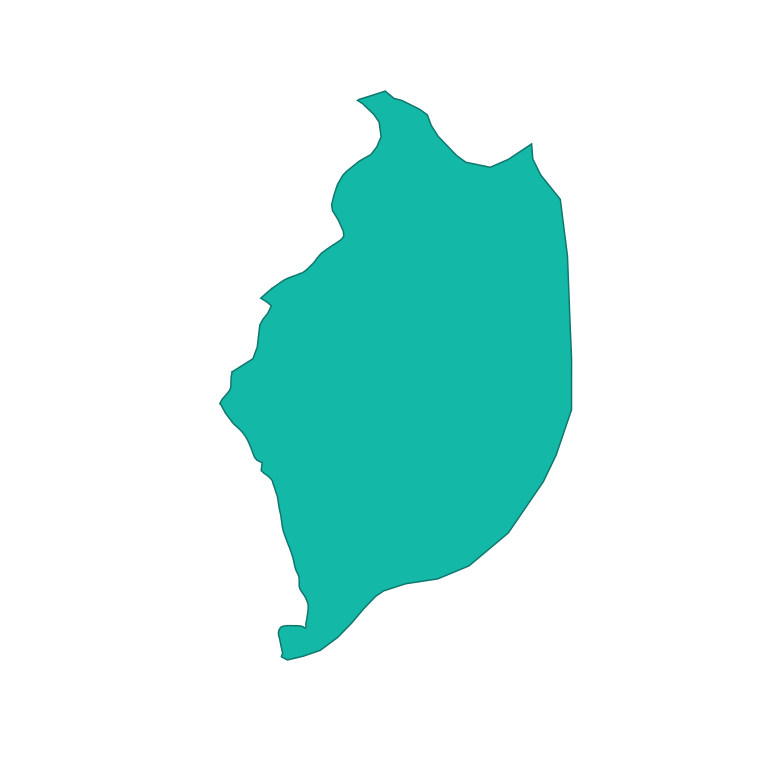 the district of La Guerre, Dauphin, Saint Lucia, rotated 36°
{"feature_id": "8701671B53039174443584", "entity_name": "La Guerre", "entity_type": "district", "adm_level": 2, "iso_a3": "LCA", "parent_name": "Saint Lucia", "parent_adm1": "Dauphin", "projection": "natural_earth1", "projection_center": [-60.926, 14.021], "detail": "fine", "context": "isolated", "style": "filled", "palette": "teal", "viewbox_px": 768, "rotation_deg": 36, "n_neighbors": 0, "source": "geoboundaries", "source_scale": "gbopen_adm2", "svg_char_len": 5594}
<svg xmlns="http://www.w3.org/2000/svg" viewBox="0 0 768 768"><g transform="rotate(36 384 384)"><path d="M555.7,310.2L550.9,294.7L520.8,253.2L497.8,224.2L457.1,172.5L418.1,131.0L388.0,122.8L372.1,114.5L362.3,103.0L352.6,129.1L342.5,146.3L319.8,156.5L308.4,156.5L282.3,151.8L270.3,147.1L260.9,140.8L251.6,140.8L232.2,144.0L224.1,147.1L212.8,146.3L209.0,151.6L205.4,156.5L202.4,160.6L196.7,168.2L195.9,170.1L202.1,169.8L203.2,170.0L217.5,171.9L222.9,173.9L226.2,175.1L234.7,184.0L236.4,185.8L237.2,189.5L238.8,196.4L238.6,202.6L238.5,206.2L235.1,213.5L232.9,218.5L228.7,234.0L228.0,239.3L228.8,247.1L229.0,249.5L229.8,252.2L232.5,260.6L236.0,269.1L236.4,270.0L238.9,272.4L240.5,274.1L241.6,274.5L244.7,275.7L250.8,278.3L251.4,278.6L253.2,279.7L261.2,284.3L263.7,287.0L264.5,288.0L264.6,289.5L264.6,290.7L264.3,292.7L264.1,293.5L262.8,297.1L262.2,298.7L262.1,299.0L261.0,301.7L260.1,304.1L259.9,304.9L258.5,308.5L257.9,310.6L256.6,314.6L256.4,315.7L256.2,318.2L256.1,318.8L255.9,321.7L255.9,323.6L255.9,325.2L255.9,326.7L255.8,327.2L255.7,328.2L255.4,330.0L255.2,331.3L255.0,332.7L254.8,333.9L254.6,334.8L254.4,336.4L253.6,339.1L253.5,339.5L252.8,341.6L252.5,342.2L252.3,342.5L251.8,343.0L251.4,343.6L250.7,344.6L250.5,345.0L249.6,346.6L248.2,348.7L247.8,349.2L246.8,350.7L244.4,354.4L244.0,355.0L242.1,358.6L240.6,362.5L239.0,367.3L238.6,368.5L237.8,370.8L237.3,372.3L237.0,372.5L237.1,372.8L235.8,378.3L235.5,379.6L234.7,383.2L234.1,385.6L233.8,387.0L234.5,387.0L235.2,386.9L238.2,386.7L240.1,386.6L241.3,386.6L242.8,386.6L243.8,386.7L246.8,386.9L247.6,390.6L248.2,394.1L248.4,395.9L248.0,402.5L248.8,409.2L249.4,410.1L249.8,411.0L259.8,428.7L260.5,431.4L263.1,440.6L254.1,463.1L253.8,463.7L254.2,463.8L255.0,465.6L256.2,468.1L259.3,472.8L260.8,474.9L262.3,477.6L262.8,480.3L262.7,483.5L262.3,488.2L262.1,490.5L262.1,491.4L262.2,493.1L262.7,496.5L263.1,496.4L264.7,496.8L266.8,497.9L270.5,499.6L272.7,500.7L276.2,501.8L280.0,502.9L283.9,504.2L286.9,504.8L292.3,505.3L296.4,506.0L298.5,506.5L301.8,507.5L306.0,509.3L308.8,510.8L311.9,512.7L315.0,514.6L316.4,515.5L318.4,516.9L320.8,518.5L322.6,519.4L323.7,519.8L326.0,520.3L330.2,519.6L331.5,519.1L335.6,526.3L336.1,526.3L339.7,526.8L341.8,526.6L345.8,526.8L350.4,527.8L352.9,529.9L354.1,530.7L354.7,531.1L355.2,531.4L355.8,531.8L356.3,532.2L356.8,532.5L357.3,532.9L357.8,533.3L358.3,533.7L358.8,534.1L359.4,534.5L360.0,534.9L360.5,535.3L361.1,535.7L361.7,536.1L362.3,536.5L362.8,536.8L363.3,537.2L363.8,537.7L364.4,538.1L364.9,538.6L365.3,539.1L365.8,539.5L366.2,540.0L366.7,540.4L367.1,540.9L367.6,541.3L368.1,541.9L368.6,542.4L369.0,542.9L369.5,543.3L370.0,543.8L370.5,544.3L370.9,544.8L371.4,545.3L372.0,545.8L372.4,546.2L372.9,546.7L373.4,547.1L373.9,547.6L374.4,548.0L375.0,548.5L375.5,549.0L376.0,549.4L376.6,549.9L377.2,550.5L377.8,551.0L378.3,551.5L378.8,552.0L379.2,552.5L379.7,553.1L380.2,553.6L380.7,554.1L381.2,554.6L381.7,555.0L382.1,555.5L382.6,556.0L383.1,556.5L383.6,557.0L384.1,557.6L384.5,558.0L385.0,558.5L385.4,559.0L386.0,559.5L386.5,559.9L387.0,560.4L387.5,560.8L388.0,561.3L388.5,561.7L389.0,562.2L389.6,562.6L390.3,563.1L390.9,563.5L391.4,563.8L392.1,564.3L392.6,564.7L393.1,565.1L393.7,565.4L394.2,565.8L394.8,566.2L395.4,566.6L395.9,566.9L396.5,567.3L397.0,567.6L397.5,568.0L398.0,568.3L398.7,568.8L399.3,569.1L399.9,569.5L400.4,569.9L400.9,570.2L401.5,570.6L402.0,570.9L402.7,571.3L403.3,571.6L403.8,572.0L404.3,572.3L404.8,572.7L405.4,573.1L405.9,573.4L406.4,573.8L406.9,574.1L407.6,574.6L408.2,575.0L408.7,575.4L409.3,575.8L409.8,576.2L410.3,576.6L410.9,577.0L411.4,577.3L412.0,577.8L412.6,578.2L413.0,578.7L413.6,579.1L414.1,579.5L414.6,580.0L415.1,580.4L415.6,580.8L416.0,581.3L416.6,581.7L417.0,582.2L417.5,582.6L418.0,583.0L418.5,583.5L418.9,583.9L419.5,584.3L420.1,584.8L420.6,585.2L421.1,585.6L421.6,585.9L422.1,586.3L422.6,586.6L423.2,586.9L423.8,587.2L424.3,587.5L424.9,587.8L425.4,588.1L426.0,588.4L426.6,588.7L427.1,589.0L427.6,589.4L428.1,589.8L428.7,590.2L429.2,590.7L429.6,591.2L430.0,591.7L430.4,592.2L430.8,592.7L431.2,593.2L431.5,593.7L431.9,594.2L432.4,594.8L432.8,595.5L433.3,596.2L433.7,596.7L434.1,597.2L434.5,597.7L435.0,598.1L435.5,598.5L436.0,598.9L436.5,599.2L437.1,599.5L437.7,599.8L438.3,600.0L439.0,600.3L439.6,600.5L440.3,600.8L440.9,601.0L441.5,601.2L442.1,601.3L442.6,601.6L443.2,601.8L443.8,602.0L444.4,602.3L445.0,602.5L445.6,602.7L446.3,603.2L446.8,603.5L447.4,603.8L448.0,604.0L448.5,604.4L449.1,604.7L449.6,605.1L450.2,605.5L450.8,605.9L451.3,606.3L451.9,606.8L452.3,607.2L452.8,607.7L453.2,608.2L453.6,608.8L454.1,609.5L454.6,610.2L455.0,610.9L455.4,611.5L455.8,612.0L456.1,612.6L456.5,613.3L456.8,614.0L457.1,614.6L457.4,615.2L457.8,616.0L458.2,616.7L458.5,617.3L458.8,617.9L459.1,618.5L459.4,619.1L459.7,619.7L460.0,620.3L460.3,620.9L460.6,621.6L460.9,622.2L461.2,622.8L461.4,623.5L461.7,624.0L463.6,626.2L463.9,626.8L463.2,628.0L461.9,627.9L460.7,628.2L459.5,628.4L458.4,629.0L457.3,629.7L456.2,630.4L455.2,631.1L454.1,631.8L453.1,632.6L451.9,633.4L450.8,634.1L449.8,634.9L448.7,635.7L447.7,636.4L446.7,637.3L445.8,638.2L444.8,639.2L444.0,640.3L443.5,641.6L443.5,643.0L443.6,644.4L444.0,645.7L444.6,647.0L445.4,648.0L446.3,649.1L447.3,650.0L448.3,650.7L449.3,651.5L450.3,652.4L451.3,653.3L452.2,654.2L453.2,655.1L454.2,656.0L455.1,656.9L456.1,657.7L457.1,658.6L458.1,659.6L459.1,660.3L460.1,661.1L460.5,662.4L460.8,663.8L461.3,665.0L468.1,664.0L478.8,651.5L489.0,636.9L495.5,616.2L498.3,596.7L499.7,577.7L502.0,560.9L505.3,551.6L519.0,532.8L542.0,510.1L559.7,481.1L572.1,431.4L570.3,369.2L565.0,340.2L555.7,310.2Z" fill="#14b8a6" stroke="#0f766e" stroke-width="1.5"/></g></svg>